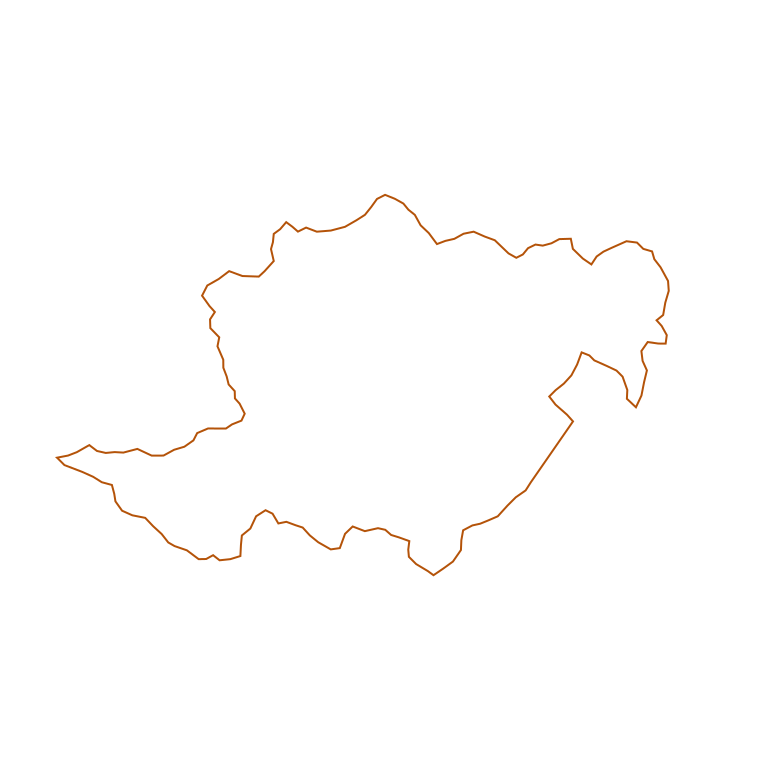 Pereiras, São Paulo, Brazil (Mercator projection), rotated 45°
{"feature_id": "56859067B86538174057776", "entity_name": "Pereiras", "entity_type": "district", "adm_level": 2, "iso_a3": "BRA", "parent_name": "Brazil", "parent_adm1": "São Paulo", "projection": "mercator", "projection_center": [-47.981, -23.122], "detail": "fine", "context": "isolated", "style": "outline", "palette": "amber", "viewbox_px": 768, "rotation_deg": 45, "n_neighbors": 0, "source": "geoboundaries", "source_scale": "gbopen_adm2", "svg_char_len": 2385}
<svg xmlns="http://www.w3.org/2000/svg" viewBox="0 0 768 768"><g transform="rotate(45 384 384)"><path d="M554.2,484.2L556.4,472.7L558.3,460.8L555.8,447.0L549.1,439.7L543.4,431.5L546.5,421.5L550.8,414.8L554.2,406.7L558.0,397.1L557.3,382.8L557.3,370.9L559.4,359.1L557.3,349.6L544.1,276.8L535.1,276.3L519.8,277.3L509.7,276.0L509.7,267.0L510.9,256.5L510.4,245.4L506.8,233.7L501.4,221.9L509.0,218.6L516.0,218.6L528.8,213.7L538.9,210.1L547.5,210.1L560.3,216.2L566.2,222.7L578.6,222.3L574.2,210.1L566.6,198.8L560.3,188.5L550.5,184.8L542.7,178.7L540.8,167.9L549.4,161.4L554.6,156.3L549.4,149.5L539.3,146.6L531.7,146.2L532.6,137.8L525.4,127.6L519.5,116.8L512.0,110.3L497.0,105.9L486.9,104.6L479.8,100.7L471.8,105.1L462.9,105.1L454.5,111.6L448.7,126.7L445.6,135.2L444.2,143.5L446.1,152.8L435.9,154.7L422.0,154.9L413.4,149.2L405.5,157.6L402.9,166.1L398.4,173.9L392.5,178.3L389.8,186.1L390.6,194.2L388.3,201.2L379.7,203.6L360.7,204.0L351.0,208.5L339.7,212.9L334.0,221.5L331.1,231.6L326.2,239.4L322.5,247.6L308.9,245.6L297.7,245.9L286.2,242.6L278.0,243.5L270.1,242.7L260.6,245.4L251.0,249.5L248.2,258.1L249.8,267.9L250.9,277.8L248.7,287.8L245.3,300.4L237.9,313.1L228.8,323.8L218.3,328.5L215.4,337.1L208.0,337.6L200.4,338.7L201.1,348.0L199.9,355.8L205.2,362.3L208.7,368.5L219.1,375.0L219.8,388.8L219.5,396.6L207.5,407.8L194.7,413.7L192.9,426.6L189.4,439.3L192.9,450.2L205.6,452.3L213.5,452.7L215.3,461.3L221.7,467.3L234.5,467.5L239.6,475.1L253.2,480.5L258.9,486.1L267.4,489.9L274.5,494.2L283.5,494.6L288.8,499.6L295.8,500.0L306.5,503.5L309.1,510.7L305.1,520.0L303.7,527.3L291.0,539.9L286.6,550.8L289.1,558.6L287.2,569.5L282.1,578.9L278.7,590.5L270.4,598.9L255.5,604.3L248.2,616.8L241.7,622.6L236.0,629.5L228.4,634.3L218.8,635.6L215.0,649.4L211.2,658.0L204.9,667.3L215.4,667.3L232.6,659.6L243.9,655.3L253.9,653.0L263.0,647.8L270.9,652.4L277.1,656.9L288.4,658.8L298.9,654.8L309.8,647.5L321.3,647.8L332.9,647.3L343.5,648.6L350.5,646.7L362.2,641.0L376.8,638.9L382.0,633.5L384.2,625.9L392.4,624.9L399.2,616.5L404.1,607.2L396.6,598.9L390.6,591.6L391.7,580.7L387.1,568.0L389.5,557.0L396.9,554.5L407.9,557.3L412.4,550.5L421.3,546.4L428.0,543.0L438.6,543.5L449.4,542.4L463.3,538.6L468.8,531.3L462.4,517.5L462.6,506.9L474.5,501.6L481.7,490.2L488.0,486.2L495.8,485.7L503.0,481.9L513.0,477.2L518.3,484.0L523.8,488.6L534.1,488.6L547.2,485.3L554.2,484.2Z" fill="none" stroke="#b45309" stroke-width="2"/></g></svg>